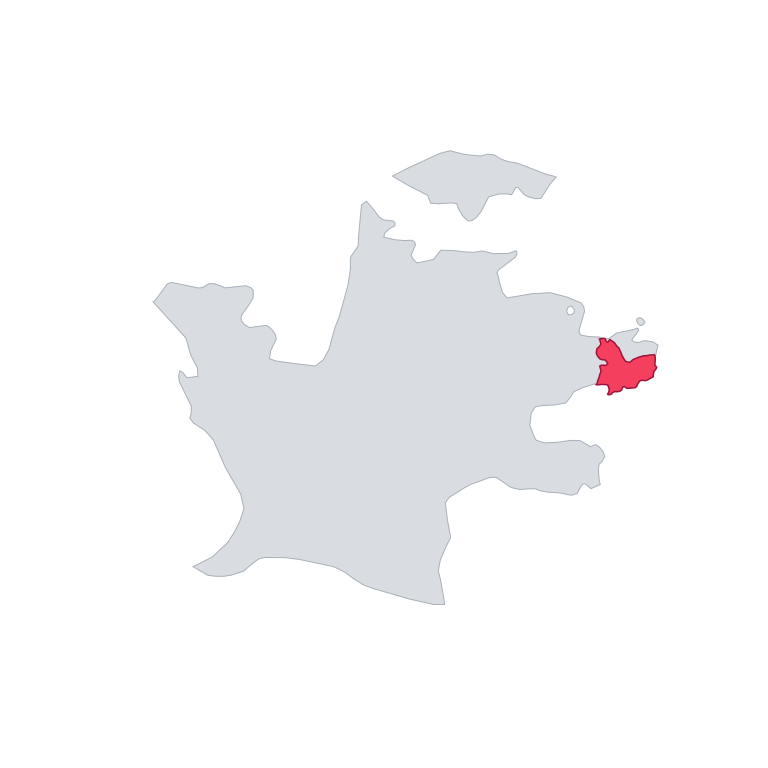 location of Agstafa District, Ağstafa, Azerbaijan, rotated 142°
{"feature_id": "54616110B36354954300290", "entity_name": "Agstafa District", "entity_type": "district", "adm_level": 2, "iso_a3": "AZE", "parent_name": "Azerbaijan", "parent_adm1": "Ağstafa", "projection": "albers", "projection_center": [45.48, 41.215], "detail": "fine", "context": "in_parent", "style": "filled", "palette": "rose", "viewbox_px": 768, "rotation_deg": 142, "n_neighbors": 0, "source": "geoboundaries", "source_scale": "gbopen_adm2", "svg_char_len": 5048}
<svg xmlns="http://www.w3.org/2000/svg" viewBox="0 0 768 768"><g transform="rotate(142 384 384)"><path d="M515.4,590.9L512.6,590.8L493.1,596.3L488.9,594.9L471.2,574.0L467.7,571.7L460.4,571.0L456.0,567.6L452.3,561.9L450.2,557.7L432.5,546.6L429.8,542.4L429.3,538.6L431.8,535.2L434.6,532.2L443.0,529.1L452.8,526.3L455.9,524.4L457.5,521.2L457.2,516.3L455.4,511.4L440.9,502.9L439.3,499.2L438.7,494.5L439.3,489.5L441.4,485.6L452.8,480.0L458.8,474.4L454.8,468.5L441.9,455.1L426.8,440.3L416.9,440.5L405.8,445.3L388.0,458.6L378.1,464.4L365.2,473.9L351.1,484.4L339.6,495.4L332.5,504.5L319.5,508.6L313.0,516.2L291.4,539.0L285.3,538.8L284.8,527.6L285.0,518.8L283.5,513.7L276.4,506.8L276.3,503.8L278.2,501.9L283.6,503.0L290.5,502.5L293.8,499.7L286.3,490.6L279.6,484.5L273.9,480.4L272.7,478.0L272.6,476.2L273.8,474.1L283.3,468.9L284.2,464.3L283.5,459.1L268.3,451.6L256.9,454.5L246.7,446.0L240.1,439.3L232.0,432.3L224.7,428.4L217.7,419.5L205.6,410.3L197.9,407.6L198.0,406.2L199.4,404.5L202.6,403.1L224.1,403.4L226.7,401.7L228.0,397.8L230.9,391.9L234.3,383.2L234.0,376.0L212.4,364.4L196.8,353.6L186.0,339.4L178.7,326.4L179.0,322.0L181.1,317.9L197.7,305.9L198.8,302.8L198.4,300.7L192.5,294.5L185.1,288.2L182.8,283.6L178.1,281.2L169.3,281.0L153.7,273.2L150.5,272.4L149.7,270.9L150.5,269.3L161.6,266.2L161.4,263.6L158.1,260.2L151.8,257.7L146.1,251.5L144.2,245.9L164.2,229.7L170.1,226.5L183.1,229.5L210.2,240.2L208.4,246.2L211.1,249.6L217.4,254.2L229.4,258.7L239.5,261.1L244.6,259.0L252.4,257.2L262.6,262.5L272.0,269.2L276.7,271.9L279.2,272.7L286.2,270.3L294.6,261.5L297.8,250.9L298.7,245.8L293.7,238.8L283.4,231.4L271.9,224.8L264.5,219.0L259.7,207.4L255.0,206.2L253.8,204.7L253.0,200.7L253.2,195.2L254.7,190.9L259.3,189.0L264.0,188.3L268.1,184.2L273.3,176.2L275.5,171.7L285.4,174.1L286.8,181.3L288.6,182.7L292.6,181.8L299.4,178.8L304.9,181.0L312.0,189.4L321.8,198.2L327.1,204.2L329.3,208.3L334.3,212.2L341.6,216.9L347.6,224.2L353.1,241.4L358.4,245.3L377.3,251.4L383.9,252.6L402.4,254.5L408.8,252.6L417.9,237.5L426.0,221.9L433.8,218.4L448.0,210.6L456.3,203.3L459.7,195.6L467.3,181.1L471.9,172.9L480.6,179.7L496.0,198.4L518.1,229.0L523.6,237.7L527.4,247.9L530.9,260.3L536.2,271.1L558.8,298.0L568.5,307.8L584.3,320.4L589.8,323.1L596.9,323.6L609.9,323.0L622.2,327.5L628.3,330.9L634.7,335.8L640.5,341.6L647.0,357.6L625.8,353.4L604.8,355.3L593.1,359.4L581.8,364.8L571.1,372.0L564.7,385.5L560.3,416.2L552.9,445.0L553.8,458.2L558.2,470.6L558.0,476.6L554.2,479.4L549.5,485.0L544.0,511.4L540.9,516.7L536.8,520.1L535.5,517.1L535.4,510.2L525.9,504.6L521.2,511.5L518.4,526.1L512.1,541.4L511.9,544.3L515.4,590.9ZM195.2,329.1L196.1,325.0L193.5,323.2L190.7,323.1L188.3,325.1L188.3,330.2L191.7,331.1L195.2,329.1ZM125.6,447.6L122.4,443.4L121.0,441.1L130.4,439.2L146.0,433.7L150.2,436.4L154.8,442.2L157.0,447.1L157.4,456.2L159.3,457.7L166.9,454.6L170.2,458.3L176.1,462.7L186.2,467.1L200.9,460.3L208.1,458.5L214.1,458.6L217.3,460.7L218.5,467.8L217.4,476.5L215.7,481.3L218.8,484.8L230.9,493.1L235.9,497.8L233.5,505.9L242.6,525.6L245.7,533.2L249.3,542.7L230.8,539.1L197.5,531.2L188.4,527.1L179.8,516.1L174.6,510.8L167.1,503.9L160.8,501.3L156.1,496.6L153.5,489.5L149.6,483.2L142.8,475.7L127.6,450.3L125.6,447.6ZM146.1,278.4L144.1,279.8L141.0,278.3L140.1,275.2L140.3,271.9L143.4,271.2L145.9,272.1L146.6,275.1L146.1,278.4Z" fill="#d9dde1" stroke="#a8b0b8" stroke-width="1"/><path d="M217.3,252.9L217.2,252.7L215.9,251.6L215.1,251.2L213.0,249.8L211.8,248.9L210.5,247.8L209.1,246.5L208.5,245.9L208.2,244.9L209.0,243.3L209.1,242.4L209.6,241.5L210.5,240.2L211.8,239.5L212.1,238.9L213.8,238.6L214.0,237.7L212.6,236.5L210.9,236.0L209.9,236.4L208.7,236.4L206.9,236.0L206.2,235.3L204.2,233.8L202.4,233.0L200.2,233.0L198.7,234.2L197.4,234.6L196.0,233.7L195.7,232.8L195.3,231.1L193.8,229.9L191.4,228.5L190.0,227.5L188.3,226.4L186.4,226.5L184.7,227.5L182.2,228.5L180.0,228.9L178.4,228.1L176.9,226.6L175.4,225.4L174.0,225.0L170.1,224.4L167.3,224.0L166.4,225.1L165.1,226.4L163.7,227.6L161.7,228.1L159.8,228.6L158.8,229.4L158.8,230.8L158.8,232.4L157.3,233.9L156.4,235.0L155.2,236.2L154.2,237.7L153.1,239.5L153.0,240.8L154.2,241.4L155.3,242.3L157.1,243.4L159.4,244.5L161.6,246.2L166.8,248.3L170.0,249.2L172.6,249.9L173.7,249.9L176.0,249.7L177.6,250.1L178.7,251.8L179.6,252.9L179.6,254.5L179.4,256.3L179.1,258.1L178.9,260.1L178.3,261.6L177.8,263.4L177.4,265.3L176.8,267.3L177.2,271.2L177.0,273.4L177.1,275.4L178.2,278.6L178.5,279.8L178.8,279.9L179.1,279.9L180.0,279.7L181.6,279.1L182.3,279.7L182.6,280.4L182.5,281.1L182.3,281.9L182.0,282.9L181.8,283.7L182.4,284.3L182.9,284.9L183.7,285.4L184.5,285.8L186.0,286.5L186.6,286.8L186.6,286.0L187.3,284.9L187.8,283.2L188.7,281.9L189.7,281.4L190.9,281.1L192.8,280.8L194.6,280.7L195.5,279.8L197.5,277.9L198.0,276.9L198.4,274.8L198.5,273.7L198.5,272.6L198.4,270.7L197.0,268.7L195.0,266.9L194.9,265.0L195.0,262.4L197.7,262.0L200.2,264.3L201.4,265.1L202.8,265.3L203.7,263.8L204.3,262.1L204.8,261.1L205.9,259.8L208.2,258.7L209.9,257.1L211.6,256.2L213.5,255.0L214.7,254.1L215.7,253.2L216.4,252.9L217.3,252.9Z" fill="#f43f5e" stroke="#9f1239" stroke-width="1.5"/></g></svg>